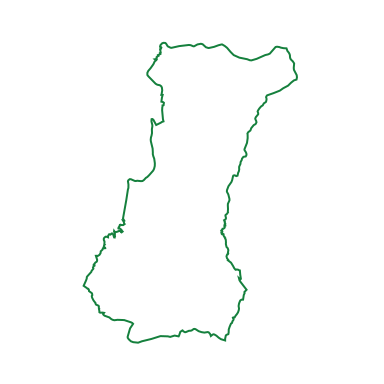 Mehadia, Caras-Severin, Romania, rotated 171°
{"feature_id": "2599482B25799438590169", "entity_name": "Mehadia", "entity_type": "district", "adm_level": 2, "iso_a3": "ROU", "parent_name": "Romania", "parent_adm1": "Caras-Severin", "projection": "albers", "projection_center": [22.39, 44.919], "detail": "fine", "context": "isolated", "style": "outline", "palette": "green", "viewbox_px": 384, "rotation_deg": 171, "n_neighbors": 0, "source": "geoboundaries", "source_scale": "gbopen_adm2", "svg_char_len": 6008}
<svg xmlns="http://www.w3.org/2000/svg" viewBox="0 0 384 384"><g transform="rotate(171 192 192)"><path d="M205.4,299.8L205.5,297.1L206.6,293.7L207.1,292.8L205.8,292.5L206.9,290.0L208.1,286.0L206.5,285.3L205.8,284.5L206.5,282.2L207.6,282.1L207.6,281.5L208.1,280.3L208.7,277.5L209.3,268.5L209.1,266.2L210.8,265.9L212.0,265.3L216.9,263.8L218.9,269.5L219.8,270.3L220.5,270.3L220.7,269.7L221.0,268.0L220.7,264.4L220.9,263.0L221.8,260.3L222.3,256.4L223.2,253.9L224.0,252.3L224.6,250.1L224.7,248.5L224.1,241.0L224.5,237.1L224.8,235.5L224.6,233.3L224.1,230.8L224.2,226.2L224.7,223.5L225.8,220.9L227.0,219.2L231.6,215.4L233.8,213.8L235.3,213.2L237.7,211.3L239.2,210.6L240.7,210.7L244.4,211.7L245.7,211.6L246.8,211.9L250.4,214.2L251.6,214.4L253.2,213.4L253.6,212.6L253.6,209.3L254.2,205.9L254.9,204.5L258.2,194.2L264.3,176.6L263.4,174.3L263.9,174.2L264.6,174.5L264.0,173.0L264.0,171.4L263.6,170.9L265.1,170.1L266.9,170.4L267.7,170.9L268.4,170.8L268.9,169.9L269.0,169.3L269.8,168.8L270.4,167.8L270.3,167.4L269.4,167.4L268.8,167.0L267.7,165.8L267.3,164.8L267.5,164.1L266.9,164.1L266.7,163.8L267.9,163.1L268.5,163.6L268.7,164.4L269.9,165.0L271.3,164.7L271.5,164.5L273.9,164.3L274.7,165.1L275.0,165.7L275.2,165.0L274.6,163.6L274.7,162.7L275.0,161.3L275.0,160.2L275.4,160.0L275.5,159.2L276.0,159.3L276.5,162.4L276.9,163.2L277.4,163.6L277.9,163.6L278.4,163.1L279.3,162.7L279.7,163.1L280.5,163.2L281.8,161.7L282.0,160.4L282.9,160.9L284.0,161.4L285.3,160.9L286.3,160.0L286.6,158.6L286.5,157.7L286.2,157.2L286.2,156.4L286.8,153.9L286.5,153.6L287.1,153.2L287.9,151.3L287.8,151.1L286.9,151.0L286.5,150.5L286.5,150.1L288.9,150.2L289.4,149.1L291.4,147.7L291.9,145.9L293.2,144.4L295.3,143.5L296.0,143.9L296.9,144.0L296.3,140.0L296.5,138.9L297.0,138.1L298.5,137.4L300.2,135.8L300.2,135.3L299.7,135.0L299.7,134.8L299.8,134.6L300.6,135.0L300.9,133.8L301.6,133.0L301.4,131.7L303.5,129.8L304.0,128.8L308.7,125.0L309.2,124.4L309.5,123.0L310.5,121.2L313.7,116.3L310.9,113.6L310.2,112.7L309.6,112.6L309.2,111.7L309.2,110.2L306.8,107.8L306.6,107.3L306.6,105.7L307.2,105.1L307.3,104.3L307.1,102.9L306.2,100.2L304.7,97.5L304.8,96.9L304.4,95.8L302.1,94.3L301.9,93.6L302.2,91.8L301.9,91.2L302.2,90.8L302.1,88.9L302.3,87.8L302.1,87.5L301.3,87.1L299.3,86.9L297.8,86.4L298.9,85.3L298.6,84.5L297.7,83.5L293.2,81.0L291.9,79.4L290.6,78.3L288.8,77.5L285.5,77.4L279.0,76.1L272.6,72.8L271.5,72.0L270.8,71.0L274.5,67.0L278.2,59.1L278.3,58.1L277.5,56.4L275.7,54.1L273.6,52.9L268.8,51.6L264.8,52.4L255.1,53.2L245.7,54.6L238.4,53.2L236.2,52.3L231.6,52.9L227.8,51.5L227.3,52.1L225.4,55.7L223.4,56.7L223.0,56.8L222.3,55.7L220.8,54.6L220.0,54.6L216.7,55.4L215.2,55.2L214.0,55.3L211.8,56.4L211.0,56.4L210.0,56.0L207.2,53.5L204.5,52.1L201.8,51.2L198.4,51.2L197.5,50.8L196.3,48.9L195.9,46.8L194.0,47.9L193.0,48.1L192.1,47.7L190.4,46.3L188.4,43.9L186.4,42.1L182.5,40.2L182.2,42.0L181.4,44.0L181.2,44.7L180.4,45.5L178.4,45.9L177.8,47.4L177.2,50.5L175.9,53.0L174.1,55.9L172.9,56.5L172.3,58.0L171.5,58.7L170.9,59.5L170.8,60.4L171.2,60.9L171.4,62.3L170.9,61.5L169.5,61.5L168.1,63.2L167.0,64.1L165.4,65.9L164.2,68.2L163.8,69.6L163.8,72.1L163.1,74.2L162.5,75.4L161.3,77.3L160.0,77.9L158.4,77.7L157.0,82.1L155.9,83.8L155.9,85.0L153.4,86.9L158.1,95.5L158.9,97.3L159.1,99.5L158.0,98.1L157.3,98.6L157.3,102.7L157.0,107.0L157.4,107.1L158.7,108.1L160.0,108.5L160.9,108.3L161.3,108.6L162.2,110.1L163.0,112.5L164.5,116.1L167.2,118.9L166.8,119.2L167.8,121.1L168.0,123.0L167.5,124.1L166.8,125.0L166.3,124.9L165.8,125.8L166.0,126.5L165.2,128.9L165.5,130.9L166.5,132.3L166.7,135.4L166.4,136.5L166.1,139.5L166.6,141.1L166.4,141.3L166.7,141.8L166.7,142.3L167.1,142.6L167.5,143.7L167.7,144.7L167.4,145.3L167.7,145.6L168.5,145.4L169.0,145.6L169.2,146.0L169.3,147.2L168.6,146.9L168.7,147.4L168.2,148.3L168.3,149.0L168.9,149.5L167.9,150.3L167.6,150.9L166.7,150.8L165.4,151.6L165.1,152.3L165.4,153.1L165.2,153.9L164.3,153.8L164.3,154.2L164.8,154.5L164.7,155.2L164.1,155.6L164.3,156.7L164.4,157.0L164.5,157.4L164.2,157.7L164.7,159.1L163.2,159.7L162.5,160.9L162.7,163.4L162.4,164.1L161.1,164.8L159.6,166.3L159.7,166.8L159.1,169.6L158.7,173.2L158.4,174.7L156.3,177.9L156.1,179.3L156.5,183.9L157.5,186.8L157.2,188.3L155.1,192.0L151.5,195.7L150.5,197.4L149.0,201.2L148.5,201.8L147.2,201.8L145.8,200.8L144.5,201.0L143.4,203.8L142.5,205.1L141.8,207.0L141.7,208.4L141.4,209.7L139.8,212.1L139.3,214.0L137.9,215.8L137.4,217.1L135.7,218.7L133.4,218.7L132.6,219.7L132.3,220.6L132.3,221.7L132.8,223.5L133.5,224.9L133.5,226.0L130.0,231.9L128.6,236.5L128.1,239.9L128.1,241.1L127.1,242.3L124.7,243.6L123.5,245.8L120.6,248.4L118.7,249.1L118.2,249.6L117.4,250.8L117.5,252.2L118.0,253.8L118.0,254.8L117.2,256.0L114.5,258.4L114.3,259.5L114.6,261.3L114.0,262.2L112.5,263.9L110.4,265.7L108.6,266.5L107.2,268.3L105.0,269.3L104.6,269.9L103.9,271.7L103.8,272.9L104.0,274.1L103.6,274.8L102.7,275.7L96.0,276.9L89.3,278.4L85.7,280.2L80.5,282.0L77.0,284.5L73.8,286.3L71.2,286.7L70.4,288.8L70.3,291.0L72.2,296.7L72.1,298.6L71.0,303.0L72.0,305.3L73.1,306.7L74.0,308.3L74.1,310.0L73.9,311.7L74.1,313.1L74.6,314.5L75.7,316.4L76.2,319.1L79.0,319.7L81.7,320.7L83.1,321.5L85.3,322.2L86.8,322.1L93.5,316.5L95.4,316.0L98.2,315.8L107.3,313.4L112.7,312.7L114.3,313.1L116.7,314.5L124.2,317.3L129.4,320.7L132.0,324.3L134.8,328.9L136.8,331.1L139.1,333.0L139.9,333.1L142.9,332.8L147.5,331.9L152.6,331.6L153.4,331.7L155.6,332.8L158.4,336.3L160.0,337.0L163.5,336.9L167.1,335.6L167.9,335.7L170.3,337.2L172.0,337.7L181.9,338.1L189.7,337.6L190.7,337.9L193.2,339.7L194.4,342.6L195.1,343.4L196.8,343.8L198.1,343.6L200.1,342.1L200.8,340.7L200.8,340.3L199.9,339.9L199.8,339.7L200.3,339.5L200.1,338.7L200.8,338.2L200.8,337.9L201.2,337.9L201.1,334.5L201.9,334.3L201.7,333.2L204.1,332.6L203.8,331.7L204.6,331.4L204.7,331.6L205.9,330.7L205.8,330.1L206.3,329.5L206.0,328.6L206.5,328.0L207.7,328.9L208.0,328.9L207.0,327.7L208.5,326.7L210.1,324.3L213.6,320.7L216.2,318.5L217.4,316.8L217.7,315.2L217.7,314.3L216.8,312.8L211.0,304.6L209.5,303.4L207.1,302.5L206.1,301.5L205.8,301.2L205.4,299.8Z" fill="none" stroke="#15803d" stroke-width="2"/></g></svg>